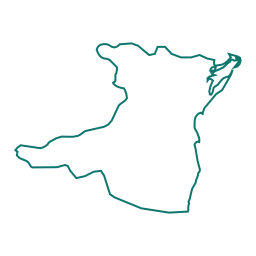 Constanta, Robinson projection
{"feature_id": "ROU-133", "entity_name": "Constanta", "entity_type": "County", "adm_level": 1, "iso_a3": "ROU", "parent_name": "Romania", "parent_adm1": "", "projection": "robinson", "projection_center": [28.37, 44.259], "detail": "fine", "context": "isolated", "style": "outline", "palette": "teal", "viewbox_px": 256, "rotation_deg": 0, "n_neighbors": 0, "source": "natural_earth", "source_scale": "10m", "svg_char_len": 2419}
<svg xmlns="http://www.w3.org/2000/svg" viewBox="0 0 256 256"><path d="M32.3,167.4L30.9,166.5L28.4,162.5L26.9,161.2L19.6,158.1L16.8,155.3L17.5,151.7L15.4,150.2L17.0,148.1L18.6,146.8L20.6,145.3L40.4,148.2L42.5,147.6L45.2,146.3L47.5,144.6L48.4,143.1L49.6,141.9L56.5,138.2L61.6,136.6L72.5,136.8L77.8,135.9L80.5,134.5L85.1,131.1L104.0,126.8L108.3,124.5L111.7,120.6L115.5,112.5L118.8,105.5L120.0,104.3L125.4,100.3L126.9,98.3L126.7,95.9L125.9,92.5L124.7,89.6L123.8,88.3L121.3,87.9L118.1,86.9L115.3,85.4L113.6,83.9L113.1,82.6L114.6,82.0L115.4,80.6L115.4,74.8L116.3,73.2L117.0,69.4L117.1,67.9L116.6,66.9L109.8,60.1L107.5,58.9L104.3,58.5L101.8,57.6L99.5,55.4L97.7,52.5L96.7,49.6L97.6,47.4L99.1,45.6L101.1,44.6L103.2,44.2L105.7,44.1L108.2,44.6L112.0,46.9L114.5,47.4L117.2,46.5L119.8,44.3L131.5,43.4L138.0,45.7L143.6,50.4L149.2,55.0L154.8,53.9L157.6,46.9L165.1,46.9L171.6,53.9L180.9,57.4L191.2,57.4L199.6,55.0L207.1,58.5L214.4,60.0L213.9,62.3L214.3,64.9L215.4,65.7L222.2,64.6L225.3,62.9L228.2,60.4L230.8,57.3L229.0,54.0L238.0,56.6L240.1,57.9L240.6,60.7L239.6,64.0L237.4,66.5L234.3,67.4L236.6,64.6L238.7,61.5L239.1,58.9L236.1,57.3L236.1,58.5L237.1,59.7L236.8,60.2L234.3,60.7L232.4,59.6L231.7,59.5L231.1,60.0L230.5,60.7L229.9,61.8L227.4,63.5L223.4,67.3L221.1,68.5L214.8,71.3L213.0,72.8L215.3,69.0L215.7,67.4L213.7,67.1L212.1,67.4L210.9,68.6L210.3,70.7L212.0,70.7L211.2,72.3L211.7,73.6L213.0,74.5L214.8,75.1L209.6,76.5L207.6,78.1L207.6,80.6L208.2,79.8L209.1,79.0L209.5,78.4L211.3,79.3L213.0,80.6L211.9,82.8L210.3,86.9L209.3,91.3L209.9,94.4L211.0,94.7L212.0,93.5L212.8,91.7L213.6,87.9L214.8,86.6L217.5,85.0L221.3,80.3L223.6,78.1L225.9,77.2L228.3,76.6L230.1,74.9L231.3,72.7L232.6,69.6L231.7,72.7L230.6,75.4L222.1,90.1L216.0,94.2L204.3,108.3L203.0,111.9L202.6,113.9L200.9,112.7L198.8,113.5L197.1,114.9L195.8,116.7L195.0,118.7L194.7,121.0L194.5,127.1L195.1,129.1L197.1,132.5L199.0,137.6L199.4,140.0L198.9,141.5L199.8,142.6L198.1,141.6L196.5,142.0L195.2,143.3L194.5,144.9L195.4,147.9L197.6,160.9L199.8,169.3L199.9,170.2L199.5,171.6L198.3,173.1L197.7,176.1L195.9,180.8L195.5,183.0L192.3,188.5L191.8,190.1L189.7,199.0L189.0,200.5L188.5,202.0L189.2,203.5L188.6,205.0L188.3,206.6L188.2,208.3L188.4,210.0L187.8,211.6L169.0,212.6L141.2,208.3L114.4,197.3L110.0,194.2L104.1,175.6L101.0,170.9L93.8,171.7L84.8,176.2L76.3,178.1L71.2,171.9L70.3,170.9L67.8,166.0L64.8,165.0L57.1,167.2L32.3,167.4Z" fill="none" stroke="#0f766e" stroke-width="2"/></svg>